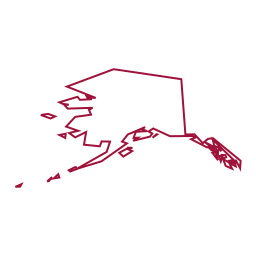 an SVG outline of Alaska
{"feature_id": "USA-3563", "entity_name": "Alaska", "entity_type": "State", "adm_level": 1, "iso_a3": "USA", "parent_name": "United States of America", "parent_adm1": "", "projection": "natural_earth1", "projection_center": [-152.163, 61.314], "detail": "medium", "context": "isolated", "style": "outline", "palette": "rose", "viewbox_px": 256, "rotation_deg": 0, "n_neighbors": 0, "source": "natural_earth", "source_scale": "10m", "svg_char_len": 1857}
<svg xmlns="http://www.w3.org/2000/svg" viewBox="0 0 256 256"><path d="M181.3,79.2L185.4,134.5L194.5,134.3L202.8,143.2L207.9,138.9L213.0,138.2L240.6,160.8L240.1,168.2L236.0,160.6L231.7,162.2L231.8,164.4L230.7,163.9L231.3,160.3L233.2,160.2L233.6,159.9L212.7,139.6L214.7,147.3L204.8,142.1L210.1,146.3L207.1,147.4L191.1,139.2L195.6,137.5L192.5,136.0L170.0,136.2L153.2,128.5L148.6,131.5L152.3,133.5L150.0,136.6L133.1,140.8L137.8,137.7L133.6,137.9L135.8,131.8L147.1,131.1L142.1,129.3L145.1,127.1L127.8,134.5L122.1,141.6L126.9,143.4L101.5,161.3L76.9,168.8L106.7,151.9L110.0,141.6L101.6,141.4L99.8,146.3L84.0,144.7L86.1,132.0L75.2,137.4L69.2,133.0L78.2,130.8L66.1,126.6L75.2,116.9L91.0,114.7L89.0,109.8L92.6,107.8L67.7,108.6L64.5,105.1L68.8,104.7L62.6,103.8L59.4,102.3L77.5,96.8L79.9,99.8L92.0,99.2L88.1,98.7L85.7,94.7L89.3,97.6L95.7,97.9L66.9,86.6L113.6,69.2L181.3,79.2ZM132.2,151.1L123.3,156.6L119.3,152.8L126.8,148.7L132.2,151.1ZM232.1,168.7L225.7,165.9L223.1,159.1L228.9,162.4L232.1,168.7ZM55.1,116.4L50.6,118.5L40.9,115.0L48.1,113.9L55.1,116.4ZM211.5,150.2L208.6,147.4L215.7,148.6L211.0,148.8L216.5,151.9L211.5,150.2ZM65.7,133.7L65.2,137.9L59.4,135.0L65.7,133.7ZM218.6,148.1L217.8,154.9L215.3,146.2L219.2,147.7L221.4,151.3L218.6,148.1ZM215.7,152.5L218.0,160.2L212.4,152.8L215.7,152.5ZM76.8,169.0L70.2,171.5L68.8,170.3L74.9,167.2L76.0,167.3L76.8,169.0ZM234.8,161.5L235.8,166.4L232.5,164.7L234.8,161.5ZM220.7,154.9L225.4,155.1L226.2,157.3L223.0,158.5L222.4,155.9L220.7,154.9ZM58.2,174.2L59.3,177.5L53.8,178.4L58.2,174.2ZM127.1,147.7L132.4,147.8L129.1,148.8L127.1,147.7ZM222.3,156.4L220.8,161.3L218.9,155.9L222.3,156.4ZM52.0,177.0L49.0,181.0L47.2,181.5L52.0,177.0ZM21.4,184.2L20.1,186.6L15.4,186.8L21.4,184.2ZM228.0,160.9L230.7,160.6L230.6,161.7L228.0,160.9ZM156.7,134.2L157.2,134.4L152.5,137.6L156.7,134.2Z" fill="none" stroke="#9f1239" stroke-width="2"/></svg>